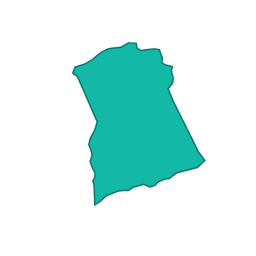 outline of Olho d'Água Grande, Alagoas, Brazil, rotated 40°
{"feature_id": "56859067B53740067981783", "entity_name": "Olho d'Água Grande", "entity_type": "district", "adm_level": 2, "iso_a3": "BRA", "parent_name": "Brazil", "parent_adm1": "Alagoas", "projection": "equal_earth", "projection_center": [-36.798, -10.063], "detail": "fine", "context": "isolated", "style": "filled", "palette": "teal", "viewbox_px": 256, "rotation_deg": 40, "n_neighbors": 0, "source": "geoboundaries", "source_scale": "gbopen_adm2", "svg_char_len": 911}
<svg xmlns="http://www.w3.org/2000/svg" viewBox="0 0 256 256"><g transform="rotate(40 128 128)"><path d="M80.0,57.8L77.5,59.7L73.6,62.6L70.9,70.3L67.9,73.7L64.3,77.3L61.6,80.7L59.1,86.6L57.7,92.4L56.7,98.6L53.8,106.7L48.3,115.4L50.4,121.5L55.6,121.1L59.1,122.5L100.5,143.1L103.7,150.6L106.0,160.8L108.7,166.0L114.2,168.9L117.9,171.8L120.7,178.2L127.4,181.9L132.2,183.9L134.0,186.9L135.2,191.3L138.5,193.3L152.0,208.2L154.1,200.9L154.8,194.1L160.7,183.0L164.0,179.5L168.5,175.4L169.9,170.3L176.4,160.9L180.1,160.0L182.8,159.1L185.5,154.5L185.8,149.8L188.8,143.7L192.1,140.2L194.0,131.2L206.5,113.7L207.7,103.4L197.5,101.1L177.8,92.4L174.5,91.1L170.9,89.5L145.0,78.2L133.4,72.1L133.4,65.1L130.6,60.7L127.4,58.6L124.1,55.8L122.6,52.4L119.5,53.8L116.7,55.4L112.0,56.4L109.5,52.4L105.8,50.3L101.6,47.8L97.2,50.6L92.5,55.4L87.9,60.5L83.3,61.0L80.0,57.8Z" fill="#14b8a6" stroke="#0f766e" stroke-width="1.5"/></g></svg>